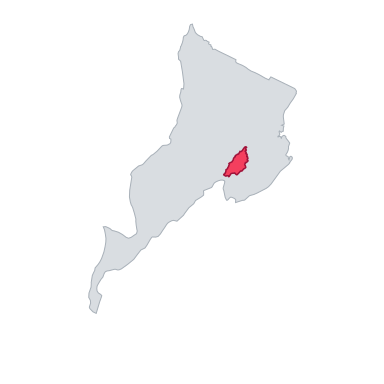 Noun, Ouest, Cameroon (highlighted), rotated 206°
{"feature_id": "32672807B7266662414716", "entity_name": "Noun", "entity_type": "district", "adm_level": 2, "iso_a3": "CMR", "parent_name": "Cameroon", "parent_adm1": "Ouest", "projection": "equal_earth", "projection_center": [10.892, 5.601], "detail": "fine", "context": "in_parent", "style": "filled", "palette": "rose", "viewbox_px": 384, "rotation_deg": 206, "n_neighbors": 0, "source": "geoboundaries", "source_scale": "gbopen_adm2", "svg_char_len": 5711}
<svg xmlns="http://www.w3.org/2000/svg" viewBox="0 0 384 384"><g transform="rotate(206 192 192)"><path d="M116.9,261.1L117.4,259.1L121.7,249.4L124.4,233.9L125.6,230.2L126.9,227.8L133.0,219.6L135.3,216.9L138.7,213.9L141.1,207.9L141.9,207.2L142.9,206.7L148.2,201.6L148.7,202.6L149.1,203.8L149.5,204.4L151.2,204.8L153.6,204.7L154.9,204.4L155.6,203.3L156.4,200.5L156.8,200.0L157.4,199.8L159.9,201.8L164.2,207.4L165.3,208.4L165.8,209.5L166.7,214.6L167.2,215.9L168.1,216.4L169.8,216.1L171.5,215.2L173.0,213.9L174.5,212.2L175.5,210.7L176.0,209.5L176.2,205.4L176.5,204.5L182.1,198.4L182.0,197.8L181.0,196.1L180.2,194.3L181.1,192.3L181.9,190.9L185.1,185.9L185.3,182.2L187.9,176.5L189.3,169.0L189.4,167.5L192.7,159.2L196.2,158.4L197.6,157.3L199.2,155.2L200.2,153.3L200.6,151.5L201.0,148.0L201.6,144.0L202.0,140.5L203.0,137.2L204.8,135.6L207.9,134.2L208.3,133.6L208.7,131.4L209.2,124.3L209.7,121.1L212.5,117.5L213.7,111.9L214.8,106.0L218.0,99.0L221.8,91.9L223.5,90.0L225.0,89.2L226.7,89.1L227.9,88.5L231.9,85.0L233.6,83.9L234.8,82.6L235.1,81.6L235.2,80.0L234.8,76.4L235.5,73.7L235.9,69.6L236.1,66.4L235.9,65.3L235.2,63.4L233.9,61.4L231.9,60.2L229.1,59.9L227.6,59.2L227.1,55.5L226.9,53.1L224.9,40.9L228.5,40.9L232.7,42.4L233.8,43.5L234.4,47.7L235.9,50.1L238.6,52.0L240.3,56.0L241.0,62.2L242.5,65.8L242.9,66.4L245.0,73.3L245.1,76.5L245.0,78.7L245.8,81.3L244.6,85.9L244.2,88.7L244.1,92.6L244.9,99.6L246.2,104.9L247.5,109.2L249.0,112.6L251.5,116.3L254.1,119.7L256.5,121.8L254.3,123.1L249.9,123.2L247.4,122.5L246.3,122.5L245.1,122.9L240.4,123.6L235.8,123.3L231.4,122.4L228.8,122.6L226.8,124.6L225.1,127.7L223.6,130.2L224.1,132.9L225.3,134.4L227.6,137.7L229.6,140.9L230.6,143.1L234.6,147.8L238.5,152.0L240.4,153.5L241.0,153.8L243.2,156.2L246.1,160.2L248.8,166.4L252.6,178.9L253.4,179.9L254.7,180.6L254.9,181.9L254.8,183.9L254.4,185.5L251.4,192.0L248.8,194.5L248.0,196.0L247.0,199.8L244.6,207.2L243.6,208.3L241.3,213.3L239.3,219.7L238.9,220.6L238.1,221.4L235.3,223.0L234.4,223.8L233.0,225.8L232.8,227.0L233.4,228.8L234.2,230.3L235.7,230.3L236.5,231.6L236.5,241.5L235.8,242.9L235.9,243.6L235.5,245.3L235.4,247.2L235.7,247.9L236.2,248.6L237.0,249.9L237.4,252.9L238.4,263.5L238.8,265.2L239.6,266.4L242.0,268.7L244.6,271.7L245.4,273.7L245.9,276.9L246.8,279.4L246.8,280.3L246.4,280.6L244.8,280.8L245.4,282.6L246.7,285.8L253.2,295.7L259.5,304.5L261.0,305.1L262.1,305.3L262.5,305.8L263.1,307.1L265.2,310.3L265.6,312.1L265.1,313.9L265.6,316.6L266.0,317.6L265.8,318.5L266.1,321.9L266.7,324.8L267.6,327.3L267.5,329.0L266.3,330.0L265.6,331.6L265.4,333.9L265.7,336.7L266.7,339.9L266.7,341.8L265.2,343.1L263.5,340.9L261.6,339.4L258.9,336.8L256.1,335.8L252.5,335.6L250.9,336.0L248.2,333.8L247.4,333.5L246.2,334.4L245.4,334.5L244.3,334.1L242.3,334.2L242.1,332.6L241.7,332.3L239.5,332.5L238.8,331.2L238.5,331.4L237.7,331.0L235.9,329.2L234.0,330.4L230.1,330.2L210.5,330.2L210.0,328.5L209.0,327.7L207.3,327.6L202.0,327.9L198.1,327.6L195.4,327.0L192.0,326.6L187.9,326.9L183.7,326.9L176.2,326.4L172.0,326.5L172.1,327.5L171.8,328.3L171.6,330.0L145.0,330.0L142.8,328.8L142.1,328.0L141.9,326.6L141.4,326.4L141.8,320.1L142.7,314.9L143.1,310.1L144.3,305.8L143.7,301.5L142.9,299.6L138.9,293.5L140.7,291.3L138.3,291.6L137.8,289.3L136.6,286.6L137.3,286.2L138.0,284.7L140.2,285.2L140.2,284.4L138.3,282.2L138.4,281.0L139.2,279.7L138.8,279.2L137.5,280.5L136.5,280.5L135.7,279.6L135.2,279.5L135.5,281.2L134.7,282.8L134.0,283.3L132.8,283.2L131.8,282.8L131.5,282.0L130.5,281.3L127.9,280.1L125.6,278.8L125.2,275.1L124.3,273.5L123.9,271.7L123.7,269.7L124.0,266.5L123.4,266.0L122.8,265.8L121.8,266.0L120.9,265.8L119.9,264.1L118.9,263.4L119.5,266.6L118.8,267.5L117.2,267.2L116.5,266.0L116.4,265.1L117.2,261.2L116.9,261.1Z" fill="#d9dde1" stroke="#a8b0b8" stroke-width="1"/><path d="M169.0,221.0L168.4,221.2L168.1,221.5L167.9,221.9L167.3,222.2L166.5,222.3L166.4,222.4L165.9,222.0L165.6,221.9L165.3,222.4L165.4,223.1L165.4,223.6L165.1,224.0L165.1,225.3L164.7,225.9L164.5,226.1L163.8,226.6L163.4,226.9L162.5,227.3L162.4,227.3L162.0,227.8L161.5,227.7L160.7,227.3L160.0,227.1L159.3,227.1L159.0,227.4L158.9,227.6L158.7,228.4L158.6,228.6L158.3,229.5L157.9,230.8L157.7,231.7L157.6,231.8L157.2,232.5L156.6,232.5L156.2,233.0L156.0,234.1L155.8,234.7L155.7,235.4L155.3,235.9L155.0,236.2L154.8,236.7L154.5,237.3L154.5,237.9L155.0,238.3L155.6,239.1L156.2,239.3L156.7,239.8L156.7,240.4L156.6,240.8L156.9,241.3L156.4,241.7L156.5,242.3L155.9,242.7L155.8,242.9L155.4,244.1L155.3,244.3L155.4,244.6L155.5,244.8L156.1,244.8L156.5,245.0L156.4,245.4L156.4,245.6L156.7,245.9L156.7,246.1L156.5,246.4L156.5,246.9L156.7,247.1L156.9,247.1L157.1,247.2L157.3,247.5L157.5,247.7L157.6,248.1L157.9,248.3L158.2,248.2L158.4,248.0L158.6,248.4L158.5,248.9L159.0,249.5L158.9,249.8L159.0,250.0L159.3,249.9L159.6,250.0L160.4,250.1L160.3,250.8L160.4,251.0L160.8,251.3L161.2,251.4L161.5,252.0L162.0,251.9L162.1,252.1L161.8,252.5L161.6,253.3L161.8,253.4L161.9,253.7L162.2,253.6L162.6,254.6L162.9,254.9L162.8,255.6L162.6,256.1L163.4,256.3L164.3,255.4L164.5,254.5L164.6,253.9L164.8,252.9L165.0,251.1L165.2,250.8L165.4,250.4L165.5,250.2L165.7,249.8L166.7,249.5L166.6,248.8L166.7,248.1L166.7,247.8L166.8,247.6L166.8,247.4L166.7,246.8L167.2,246.1L167.3,246.1L167.5,246.0L167.8,245.9L168.0,245.2L168.3,244.7L168.8,244.2L168.9,243.7L169.0,243.3L168.6,242.8L168.7,242.4L169.0,242.3L169.4,240.5L169.0,238.5L169.1,237.9L169.3,237.4L169.2,236.8L170.0,235.7L170.6,235.1L171.3,233.8L170.6,233.2L170.6,232.8L170.5,231.5L170.3,231.0L170.5,229.9L170.4,228.7L170.6,227.9L170.7,227.7L171.2,227.0L171.2,226.8L170.9,226.2L170.4,224.4L170.5,224.1L170.6,223.8L170.4,223.4L170.6,222.7L171.0,222.3L171.1,221.7L171.0,221.3L170.8,221.3L170.5,221.4L169.5,221.1L169.0,221.0Z" fill="#f43f5e" stroke="#9f1239" stroke-width="1.5"/></g></svg>